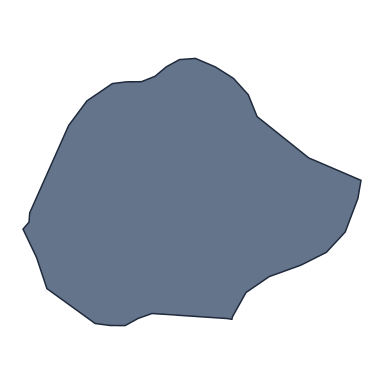 an SVG outline of Tororo
{"feature_id": "UGA-3121", "entity_name": "Tororo", "entity_type": "District", "adm_level": 1, "iso_a3": "UGA", "parent_name": "Uganda", "parent_adm1": "", "projection": "orthographic", "projection_center": [34.082, 0.732], "detail": "fine", "context": "isolated", "style": "filled", "palette": "slate", "viewbox_px": 384, "rotation_deg": 0, "n_neighbors": 0, "source": "natural_earth", "source_scale": "10m", "svg_char_len": 558}
<svg xmlns="http://www.w3.org/2000/svg" viewBox="0 0 384 384"><path d="M361.0,180.3L357.9,198.4L345.2,232.0L326.4,252.3L301.0,265.1L269.2,276.6L246.0,292.5L232.5,316.7L231.9,319.3L231.5,319.3L227.9,318.6L152.0,313.5L138.2,318.4L125.1,325.6L110.2,325.5L95.1,323.5L46.9,288.6L36.6,257.6L23.0,229.1L29.0,222.2L29.7,212.9L68.7,125.4L87.0,100.8L112.3,83.6L126.6,81.8L141.4,81.7L155.0,76.3L166.3,66.8L179.4,59.6L195.4,58.4L215.5,67.0L233.5,78.4L248.3,94.8L257.1,116.6L308.7,157.9L360.6,180.2L361.0,180.3Z" fill="#64748b" stroke="#1e293b" stroke-width="1.5"/></svg>